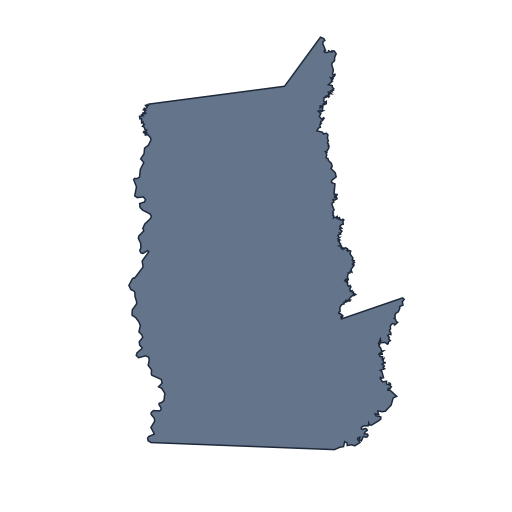 outline of Puerto Rondón, Arauca, Colombia, rotated 80°
{"feature_id": "7082276B48605985455717", "entity_name": "Puerto Rondón", "entity_type": "district", "adm_level": 2, "iso_a3": "COL", "parent_name": "Colombia", "parent_adm1": "Arauca", "projection": "robinson", "projection_center": [-71.044, 6.421], "detail": "fine", "context": "isolated", "style": "filled", "palette": "slate", "viewbox_px": 512, "rotation_deg": 80, "n_neighbors": 0, "source": "geoboundaries", "source_scale": "gbopen_adm2", "svg_char_len": 6099}
<svg xmlns="http://www.w3.org/2000/svg" viewBox="0 0 512 512"><g transform="rotate(80 256 256)"><path d="M460.3,212.4L458.9,206.6L458.9,202.9L454.2,200.9L456.0,198.7L458.5,199.1L458.5,194.8L460.1,191.6L457.7,186.0L454.1,187.8L453.0,187.3L452.4,185.2L454.7,186.2L456.4,184.4L452.4,181.6L453.6,179.1L453.4,177.8L452.1,176.8L450.8,177.1L450.0,180.3L447.9,178.7L447.1,176.8L445.9,176.9L444.8,178.2L445.3,181.5L444.5,182.3L442.9,181.8L442.0,178.9L442.8,175.1L440.0,174.0L442.2,173.5L442.6,171.5L439.3,163.2L438.2,161.4L436.2,161.0L434.1,165.7L432.1,166.2L433.5,162.7L430.1,163.2L429.7,162.5L431.3,158.9L431.3,155.5L426.3,148.8L419.7,145.6L418.6,141.8L411.5,147.3L411.1,149.5L409.3,148.7L410.0,147.2L408.3,145.4L406.7,146.6L405.6,145.7L404.6,146.2L404.1,147.0L406.0,147.3L404.8,149.7L402.0,149.2L401.9,153.2L398.1,155.0L397.1,154.6L398.2,153.3L398.0,151.5L391.8,152.1L390.2,153.5L389.4,148.9L387.8,150.2L386.6,148.7L384.4,150.7L383.5,146.7L382.9,148.8L381.2,149.1L379.1,147.9L379.7,149.6L377.2,148.9L376.7,151.2L374.5,151.9L374.8,148.7L374.0,148.7L373.2,150.9L371.6,147.0L371.3,148.9L368.1,149.2L366.2,150.5L363.1,148.7L364.4,150.4L363.6,150.6L359.5,148.0L363.1,148.1L363.6,143.8L365.7,142.0L365.2,140.9L363.6,140.6L362.6,138.4L360.5,139.9L359.3,138.8L357.2,140.1L356.3,138.6L356.8,136.8L354.9,136.6L352.7,137.7L351.3,136.2L348.2,135.9L346.2,133.4L346.6,132.0L348.0,131.4L345.9,128.0L344.7,129.4L342.3,129.6L341.4,130.7L340.3,129.5L338.4,129.5L336.7,128.2L335.6,125.5L332.5,123.5L330.8,123.4L329.8,119.7L326.6,119.9L324.4,117.6L322.7,118.9L332.8,182.8L330.5,182.9L330.1,182.0L331.3,181.7L329.9,180.8L327.5,182.9L327.0,184.4L325.7,184.1L325.4,182.9L321.0,182.2L318.8,180.1L318.4,177.5L317.0,177.6L316.9,176.1L315.2,175.3L315.4,174.3L316.8,175.0L316.2,172.9L316.7,171.4L315.9,170.6L315.5,172.5L313.2,170.3L311.4,167.1L312.0,166.4L311.4,165.0L311.2,165.9L310.4,165.4L310.3,166.6L308.5,166.3L308.6,167.5L306.7,167.4L307.0,169.3L305.1,169.4L302.9,167.9L301.4,168.4L302.2,169.7L300.8,170.8L298.2,170.4L298.0,171.0L296.2,170.1L296.6,171.0L295.7,170.8L295.4,171.9L296.9,171.6L295.9,173.0L294.4,171.5L295.0,169.2L292.4,169.6L288.6,168.0L289.1,166.6L287.6,166.0L288.6,164.4L285.6,164.7L282.1,161.0L281.0,161.2L281.4,162.2L280.6,162.6L279.4,160.2L278.4,161.3L277.6,160.2L276.8,161.9L274.8,160.9L270.4,163.0L267.5,161.9L266.6,163.6L267.2,165.0L266.1,165.2L265.7,163.9L265.7,165.2L264.7,164.7L263.4,166.5L264.5,168.9L263.4,168.6L263.6,170.4L262.6,170.9L262.0,169.3L262.0,170.5L260.9,170.2L260.4,172.3L259.9,170.9L258.4,170.6L257.4,171.7L255.8,171.4L255.5,172.4L254.8,172.3L254.7,170.7L253.3,172.3L252.2,170.4L252.1,171.3L249.8,171.7L249.1,168.8L247.9,169.7L248.0,168.8L246.4,167.0L244.0,169.0L243.4,168.8L243.6,166.8L241.2,168.3L239.9,166.2L239.9,164.6L236.8,164.3L235.7,163.2L234.8,164.1L235.5,165.4L234.5,167.6L234.0,166.9L232.6,167.3L233.4,170.3L232.7,169.1L231.1,169.2L232.0,170.8L231.2,172.4L231.7,173.0L230.0,172.5L229.2,173.3L227.3,172.3L226.3,172.9L224.1,171.1L218.6,172.3L217.1,171.8L216.5,170.0L214.0,170.3L214.6,168.8L213.7,166.2L212.6,166.8L212.0,168.6L211.1,168.0L211.5,167.0L210.5,167.5L210.7,166.3L209.5,165.4L208.6,168.4L198.7,165.7L196.8,168.8L194.8,168.4L192.0,163.3L187.8,163.5L182.9,167.0L181.1,165.4L177.8,165.7L174.5,168.1L172.8,168.1L171.4,170.0L168.6,168.7L166.8,169.2L166.3,168.3L165.3,169.4L165.2,168.1L162.2,165.5L160.2,165.0L160.0,165.8L158.3,165.2L157.0,166.1L155.2,164.8L152.3,165.2L149.2,164.1L147.3,165.4L147.5,168.4L145.6,169.1L143.3,174.3L140.9,172.3L140.4,170.2L138.1,170.5L136.7,168.6L136.3,169.4L134.7,168.8L134.3,167.2L132.2,165.0L131.5,165.6L133.0,167.1L129.7,169.5L127.0,167.4L124.2,169.6L123.8,167.8L125.3,166.7L124.5,164.5L124.1,165.7L121.1,164.3L120.5,166.1L121.1,167.1L119.4,166.8L119.5,163.9L117.7,163.2L117.8,162.2L118.7,162.1L118.2,160.3L115.9,160.0L116.5,161.2L115.5,162.4L111.9,161.5L111.9,159.5L111.0,159.8L110.5,158.6L112.2,157.0L111.6,156.2L110.4,156.9L110.0,155.9L108.6,156.3L109.3,153.7L107.2,155.7L107.5,152.6L106.4,153.3L106.2,151.4L105.6,152.0L104.9,150.3L102.9,151.6L101.4,151.3L99.9,155.0L97.2,150.5L96.6,151.2L95.4,150.0L95.4,150.8L93.7,151.5L94.5,150.2L93.6,150.3L93.9,149.2L92.9,149.3L92.8,147.9L91.5,146.7L90.7,146.7L91.1,148.4L90.2,149.1L86.4,147.5L80.8,148.2L79.1,147.5L77.4,144.8L73.9,144.0L70.8,141.9L67.6,143.4L67.3,144.7L68.1,145.6L67.3,145.9L68.1,147.0L66.5,148.8L67.7,149.5L68.0,151.5L66.9,153.4L65.8,153.1L65.8,151.8L58.2,153.4L56.5,152.6L55.7,150.8L53.6,151.5L51.7,154.5L93.8,198.4L87.8,335.6L88.9,335.9L88.2,337.2L88.5,338.7L89.7,338.0L89.6,336.9L91.1,337.9L91.9,339.6L90.6,340.7L91.9,340.4L92.5,341.4L93.3,339.7L93.5,340.6L96.5,339.9L96.4,341.9L95.5,341.6L95.5,342.6L97.0,343.1L97.1,343.9L98.3,342.8L98.2,346.5L100.8,346.5L100.8,344.9L104.9,345.5L104.3,344.1L105.8,344.3L107.0,343.1L108.5,345.3L109.6,343.8L113.3,343.2L113.0,342.0L115.0,343.4L113.9,344.8L114.7,345.4L116.2,343.7L115.4,343.0L115.8,342.1L116.9,343.0L116.9,344.0L117.7,344.0L117.8,341.4L121.4,339.3L123.3,339.2L128.2,342.7L130.4,347.0L135.9,348.5L140.3,352.7L144.5,350.3L150.7,354.9L158.1,357.0L159.1,359.7L158.5,362.2L159.4,363.2L167.1,361.7L175.8,365.0L177.9,362.8L178.2,356.8L181.2,355.0L183.4,356.4L184.2,361.5L188.1,361.7L191.0,359.8L196.2,353.1L198.7,352.1L200.9,353.6L205.2,360.0L209.3,362.7L211.7,362.1L216.0,368.0L218.3,368.8L223.2,367.4L227.9,367.9L230.4,369.5L232.9,368.8L233.9,366.9L231.9,361.7L233.3,360.9L241.2,369.0L247.2,369.1L256.6,379.2L256.3,380.3L257.2,381.9L262.9,386.3L267.4,385.0L269.1,382.5L270.7,381.6L275.1,382.2L280.4,381.5L282.5,382.0L287.6,387.2L292.7,388.4L295.9,385.1L300.8,382.7L304.5,382.0L310.4,384.5L313.7,382.2L316.4,381.6L320.2,385.9L323.7,386.0L326.3,384.2L327.4,384.6L330.7,390.0L333.1,391.2L335.8,389.3L335.1,382.1L337.1,379.2L340.3,379.3L344.9,381.2L350.1,378.6L354.0,379.6L355.3,379.3L361.1,370.7L364.9,370.6L367.9,374.7L369.9,371.9L375.4,369.6L382.2,371.7L383.6,373.6L384.3,377.0L385.8,377.3L389.0,375.9L391.0,376.3L391.8,377.8L390.4,383.9L392.0,386.4L393.8,386.8L398.2,384.3L401.1,384.5L406.7,389.3L413.7,387.0L415.1,392.9L416.6,394.4L419.3,394.3L421.5,391.7L460.3,212.4Z" fill="#64748b" stroke="#1e293b" stroke-width="1.5"/></g></svg>